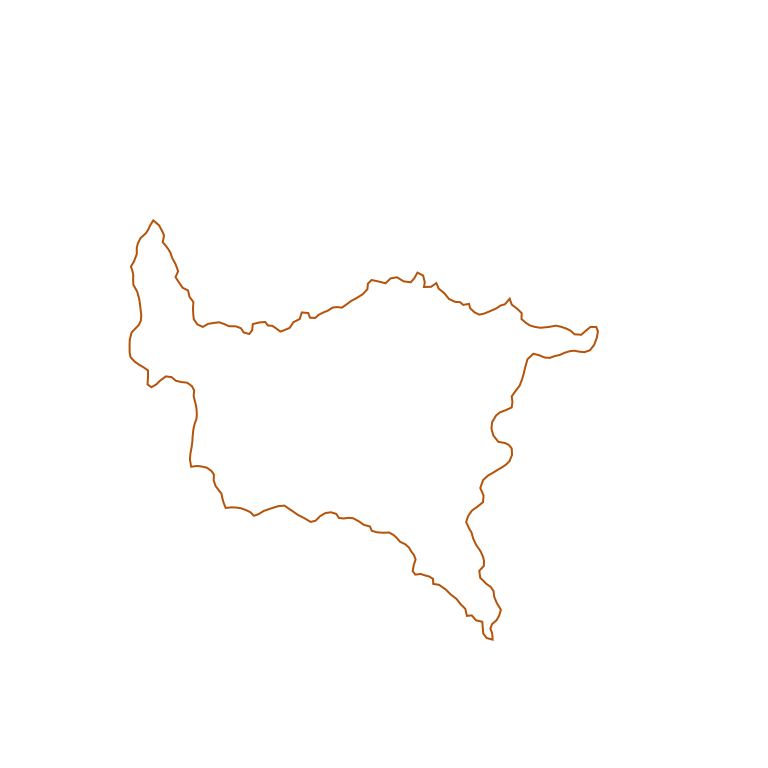 outline of Morro da Garça, Minas Gerais, Brazil, rotated 53°
{"feature_id": "56859067B41000943764258", "entity_name": "Morro da Garça", "entity_type": "district", "adm_level": 2, "iso_a3": "BRA", "parent_name": "Brazil", "parent_adm1": "Minas Gerais", "projection": "albers", "projection_center": [-44.635, -18.604], "detail": "fine", "context": "isolated", "style": "outline", "palette": "amber", "viewbox_px": 768, "rotation_deg": 53, "n_neighbors": 0, "source": "geoboundaries", "source_scale": "gbopen_adm2", "svg_char_len": 3873}
<svg xmlns="http://www.w3.org/2000/svg" viewBox="0 0 768 768"><g transform="rotate(53 384 384)"><path d="M114.5,469.8L116.6,475.4L118.8,479.3L120.3,483.4L120.9,490.4L123.4,495.7L126.2,499.3L131.5,503.3L135.6,509.8L137.9,515.4L142.2,516.8L146.1,518.7L149.9,521.7L154.0,524.5L161.6,525.5L169.0,528.4L173.3,530.8L177.2,533.1L183.1,536.5L187.0,540.0L189.3,544.3L190.0,548.8L190.9,554.5L195.7,560.5L200.5,564.3L205.8,568.2L210.1,570.3L216.3,569.6L221.4,567.9L225.9,566.0L231.1,564.3L236.8,568.6L242.0,573.1L246.6,571.7L247.3,566.0L246.6,561.1L246.6,553.7L250.7,549.5L256.1,548.3L260.7,544.5L264.5,540.4L270.1,538.7L274.9,539.5L279.0,543.2L283.5,545.2L287.7,546.9L292.0,549.3L295.9,552.0L299.3,555.1L301.6,558.9L305.3,563.3L310.6,568.3L314.4,571.5L319.0,576.0L323.0,580.4L327.4,584.4L334.0,587.8L337.2,582.3L340.9,578.6L344.3,575.8L349.8,574.1L354.1,574.4L358.4,578.0L364.1,579.9L368.9,579.9L373.7,579.8L378.3,582.0L382.7,583.7L387.7,585.0L390.9,579.8L393.8,576.3L397.3,572.9L401.8,570.0L406.2,567.8L411.0,567.2L412.5,562.3L413.0,556.5L415.4,549.0L418.0,541.8L421.2,536.7L427.0,534.8L431.5,533.2L436.3,531.7L443.2,528.4L450.0,525.6L452.0,520.9L451.1,514.3L451.8,508.4L454.6,503.5L459.0,500.3L463.9,500.6L467.1,497.2L469.5,492.9L472.6,489.5L478.6,486.7L484.3,484.9L489.3,481.0L493.9,482.1L498.4,478.7L502.1,474.4L505.8,469.2L510.5,467.2L515.1,466.4L519.7,466.1L524.7,463.5L529.5,462.5L534.1,463.0L538.6,463.0L543.2,464.4L546.6,469.3L550.7,473.7L555.1,473.7L557.7,469.1L561.2,466.7L564.9,463.8L569.1,462.1L573.3,465.0L577.5,460.9L585.5,458.3L591.8,457.5L599.4,455.4L605.4,455.4L612.5,454.4L619.1,457.3L621.6,453.2L628.2,452.7L633.0,448.6L637.8,451.6L643.0,454.9L648.7,454.9L653.5,451.1L648.3,447.7L643.3,446.2L640.8,442.2L640.4,436.3L638.2,431.3L634.6,426.5L626.6,425.7L620.2,424.0L615.2,421.1L610.2,420.9L605.4,422.5L600.9,423.1L596.7,423.8L590.5,420.3L589.4,413.8L585.6,410.7L581.6,408.9L576.1,407.6L567.8,407.2L560.8,405.7L555.4,403.5L550.9,403.0L543.7,401.5L540.1,396.2L538.0,390.0L538.2,384.1L538.0,376.1L533.0,371.6L525.0,369.7L520.4,362.7L519.7,355.8L520.4,351.0L520.9,345.3L521.6,339.6L521.8,335.2L521.2,330.4L517.7,324.4L512.3,320.8L507.7,321.0L503.8,323.0L499.0,327.5L491.0,327.7L484.4,325.1L479.6,320.7L476.6,313.5L476.4,308.5L478.0,303.1L479.6,296.2L475.7,292.3L470.7,289.4L468.6,282.5L467.0,276.8L463.8,271.6L460.1,266.5L455.8,261.4L450.6,254.5L449.7,246.5L454.4,242.8L459.5,239.8L462.9,235.9L464.3,231.3L466.6,226.0L467.9,220.5L469.6,215.9L471.9,212.0L475.7,208.6L479.2,204.8L481.0,199.2L479.2,192.6L475.0,186.0L470.6,181.4L466.1,180.2L462.7,184.8L462.9,190.3L463.4,196.8L459.0,201.9L453.8,202.9L449.2,205.2L444.6,208.4L440.8,211.7L437.6,218.1L433.2,225.3L429.1,229.2L424.9,232.3L420.1,234.0L414.9,235.1L410.3,231.4L404.3,232.3L397.5,234.2L391.5,232.3L393.1,239.5L391.5,243.7L391.2,248.9L389.6,255.7L388.0,261.7L385.9,266.2L381.1,268.6L375.4,269.6L371.2,267.9L368.5,273.1L364.4,274.0L361.4,277.6L355.3,280.9L347.7,281.2L340.8,282.9L334.9,281.5L334.7,287.9L330.6,293.7L327.4,290.3L321.0,287.5L315.2,290.2L317.7,296.0L318.9,301.4L313.9,306.5L306.6,309.4L303.6,315.2L304.5,322.2L299.3,326.3L293.5,331.3L294.2,336.5L298.3,340.2L299.5,347.0L298.8,354.8L297.9,360.1L297.9,365.1L297.7,371.6L294.3,375.2L292.0,379.1L291.7,384.4L290.3,389.6L289.4,394.7L289.9,399.1L286.5,403.2L281.7,401.8L277.4,406.6L281.4,412.2L280.1,419.1L282.4,425.6L281.2,430.4L279.8,435.2L274.6,436.7L270.3,438.2L267.3,441.6L263.0,441.5L259.8,446.6L257.2,452.7L261.7,457.0L263.0,461.5L258.4,465.0L253.4,464.7L248.9,467.5L244.5,473.1L240.3,475.3L235.6,478.4L232.8,483.2L230.1,488.3L229.4,494.3L224.1,497.2L217.8,496.9L213.9,494.6L209.1,491.4L203.8,486.9L197.4,486.9L191.3,484.2L186.0,486.9L178.9,486.6L173.2,486.2L170.0,480.5L162.7,478.3L155.7,477.3L150.8,475.6L146.5,475.1L142.3,475.1L137.6,475.4L133.0,470.3L128.3,469.1L121.8,468.2L114.5,469.8Z" fill="none" stroke="#b45309" stroke-width="2"/></g></svg>